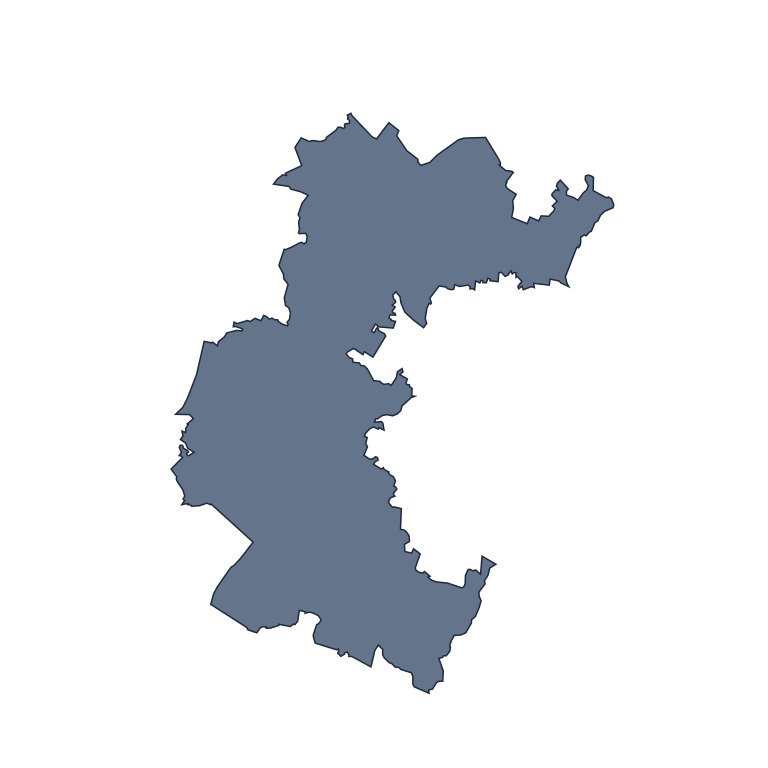 Yuriria, Guanajuato, Mexico, rotated 298°
{"feature_id": "50627088B69886558510846", "entity_name": "Yuriria", "entity_type": "district", "adm_level": 2, "iso_a3": "MEX", "parent_name": "Mexico", "parent_adm1": "Guanajuato", "projection": "mercator", "projection_center": [-101.194, 20.166], "detail": "fine", "context": "isolated", "style": "filled", "palette": "slate", "viewbox_px": 768, "rotation_deg": 298, "n_neighbors": 0, "source": "geoboundaries", "source_scale": "gbopen_adm2", "svg_char_len": 6171}
<svg xmlns="http://www.w3.org/2000/svg" viewBox="0 0 768 768"><g transform="rotate(298 384 384)"><path d="M556.7,501.6L558.6,498.5L563.8,493.8L595.3,490.0L595.6,491.8L598.2,492.1L598.2,491.3L600.1,491.8L606.0,488.8L609.4,490.7L609.8,493.0L614.3,493.9L616.1,495.3L625.6,494.5L628.6,496.3L634.5,495.9L639.9,497.6L647.2,503.5L650.0,502.8L654.2,498.0L654.5,494.4L652.8,492.8L653.0,477.8L664.8,472.0L665.0,470.0L664.5,466.4L662.2,464.2L658.8,465.8L655.0,471.4L650.2,471.8L646.2,470.2L637.3,469.0L637.7,463.6L636.4,456.6L639.6,454.6L642.8,455.1L646.8,444.0L642.8,442.8L639.6,443.4L637.1,447.4L636.1,444.5L630.9,443.1L629.2,443.7L626.6,451.1L620.3,449.0L619.1,452.4L617.1,452.8L609.4,450.7L606.2,443.8L600.6,444.0L599.9,434.4L592.8,435.3L591.0,418.5L599.8,415.9L606.2,411.6L613.5,411.7L614.5,401.1L616.6,398.0L619.8,397.8L619.9,397.0L631.5,398.8L631.7,396.6L629.6,391.1L631.4,383.0L632.0,383.8L634.0,382.9L636.4,379.7L649.4,357.9L638.5,339.0L634.6,335.1L611.7,323.8L601.0,320.3L594.3,313.8L595.8,310.0L598.3,308.4L600.7,294.5L609.2,278.6L614.7,278.1L617.0,265.6L596.9,262.4L596.6,257.5L605.9,229.7L607.5,227.7L604.1,225.4L603.7,226.5L600.9,227.4L600.5,229.8L598.0,231.1L595.5,227.5L593.7,227.6L592.6,229.0L590.4,228.2L590.5,225.6L589.1,222.8L585.6,222.5L574.6,217.3L573.4,218.0L570.9,216.9L568.1,213.8L565.3,206.3L563.0,204.1L562.4,195.3L551.1,194.3L538.2,208.8L523.8,198.0L522.4,199.9L521.1,196.4L515.0,193.6L508.6,192.6L513.9,207.6L512.3,210.2L514.7,220.6L515.0,228.5L505.1,226.8L493.2,228.7L491.4,231.9L487.0,232.5L480.4,236.9L477.2,237.5L477.1,238.9L480.3,244.1L478.3,247.0L472.3,248.9L470.2,247.3L470.4,244.8L469.2,243.4L461.1,237.9L456.2,233.8L456.1,232.6L439.4,235.5L433.7,243.8L429.8,246.1L427.0,252.5L413.2,255.5L407.1,260.2L406.6,264.1L402.9,268.0L396.7,270.2L393.0,269.4L391.6,271.4L390.1,271.4L389.2,267.4L389.4,262.0L390.8,259.9L389.4,257.5L389.6,254.3L387.5,252.1L388.4,248.7L388.0,245.6L382.1,245.6L381.5,239.3L376.3,236.5L376.0,233.7L368.3,225.9L368.3,222.6L363.8,224.0L365.1,226.0L366.3,233.0L364.4,233.8L362.0,228.5L355.1,221.1L350.9,221.0L343.8,218.0L339.5,218.8L340.5,213.0L339.4,212.5L337.2,205.2L304.3,214.1L279.1,217.1L268.9,217.3L259.4,214.2L265.7,226.7L263.9,231.9L256.4,229.0L256.4,230.1L251.6,229.8L248.0,231.7L247.6,227.8L243.8,230.9L239.4,230.4L238.7,236.5L235.1,240.9L234.5,248.4L229.0,245.2L228.7,243.9L229.8,242.1L232.2,243.4L233.0,241.9L233.1,237.1L235.2,235.0L234.4,232.9L232.0,232.9L228.6,237.3L224.6,236.8L225.3,238.5L224.6,240.6L208.9,236.0L204.7,244.7L202.9,245.0L200.9,247.2L196.1,256.2L191.5,260.7L188.0,260.7L187.6,262.7L182.5,262.1L185.8,266.0L185.3,267.7L186.5,267.7L185.8,271.6L189.9,278.2L195.6,283.5L196.0,287.6L196.9,287.6L182.9,342.7L163.2,339.3L153.6,336.8L150.2,334.9L126.9,332.1L118.8,332.1L108.1,334.5L104.6,377.0L103.0,379.2L104.6,388.5L110.4,389.2L112.6,390.7L114.2,394.0L113.0,394.5L115.3,398.5L121.4,404.4L122.4,403.9L125.9,415.1L129.6,416.8L129.6,418.2L134.0,419.2L144.4,415.5L145.9,421.6L144.5,422.0L147.6,425.2L148.4,428.4L148.6,434.8L146.2,439.3L141.5,438.8L140.1,437.5L130.6,439.1L128.4,439.7L122.9,444.9L127.1,467.0L128.6,467.9L127.9,469.1L124.6,469.5L123.3,473.8L126.8,475.9L128.1,475.4L130.0,477.3L128.3,480.4L127.0,480.8L128.3,483.6L128.1,505.3L144.5,501.0L150.8,501.5L148.9,507.7L144.7,509.6L142.4,512.6L140.3,519.7L140.9,521.6L139.3,526.8L140.8,530.6L139.8,532.6L141.9,543.7L139.1,546.9L132.8,550.2L130.8,552.8L132.1,568.9L134.7,567.0L137.4,570.1L144.9,570.5L147.2,572.0L149.2,575.4L158.5,571.0L167.4,561.3L170.0,563.9L171.9,564.2L173.4,566.6L177.2,567.3L179.3,567.5L182.9,566.2L182.9,565.2L189.2,563.9L195.0,564.1L198.6,569.8L202.7,573.0L213.9,573.4L217.2,572.0L221.5,573.8L231.1,573.0L238.2,571.5L241.1,567.8L244.7,565.5L254.9,567.1L257.4,565.1L264.0,565.6L271.1,563.8L277.4,567.4L278.0,551.4L261.3,558.6L262.9,552.3L260.7,550.0L260.8,547.1L259.7,545.3L253.1,545.8L246.1,549.3L242.3,549.7L240.5,548.4L238.1,533.7L233.8,523.1L233.2,518.7L233.8,514.3L234.2,513.5L235.8,514.9L237.5,507.8L235.3,506.9L234.3,504.6L234.4,499.9L236.3,497.9L251.0,495.7L252.4,487.5L247.6,487.8L245.9,481.1L252.0,477.3L256.8,480.4L257.9,479.9L261.7,477.4L264.0,473.1L264.5,470.1L263.4,466.8L282.1,457.8L280.2,450.4L279.0,449.4L281.5,443.5L286.2,442.9L290.1,446.2L290.5,444.7L292.2,443.7L297.1,444.7L298.5,442.9L298.5,440.6L303.9,439.6L306.6,435.7L306.7,431.5L307.6,429.5L308.6,429.7L308.6,424.1L309.9,422.8L307.6,421.3L308.2,412.5L311.3,412.7L314.0,414.5L316.1,412.7L315.7,410.6L313.0,409.5L310.9,406.9L311.6,399.7L320.8,398.9L322.9,395.8L328.8,394.3L328.7,391.1L331.9,390.8L338.0,392.5L341.2,395.0L341.4,400.1L343.0,400.0L343.3,405.7L349.0,401.3L349.6,399.3L345.8,393.6L349.4,392.9L350.2,394.7L354.9,396.9L358.2,400.7L360.0,406.6L363.7,409.7L368.3,411.3L373.1,410.2L384.9,414.5L387.6,416.9L386.6,414.0L393.3,410.9L393.7,407.9L395.2,406.8L394.3,404.4L394.9,403.0L399.4,402.3L399.7,393.5L403.6,395.1L406.1,392.7L401.2,390.1L395.4,391.9L386.1,391.0L386.5,388.0L383.7,384.2L383.6,380.6L384.5,379.6L382.2,373.2L389.5,362.3L390.7,358.1L389.5,354.7L391.0,352.3L388.6,346.4L391.5,344.4L391.0,340.7L392.9,336.5L395.0,336.6L401.2,340.5L400.0,351.6L403.3,351.6L402.5,361.6L427.1,363.0L428.6,360.9L428.5,354.8L430.2,352.7L429.7,351.2L424.7,351.3L424.9,348.0L432.6,348.3L432.7,350.9L431.5,351.4L437.7,365.9L444.7,364.8L443.5,360.5L444.3,360.3L444.7,357.2L447.9,356.9L450.2,361.9L451.5,360.5L451.1,357.9L452.3,357.2L457.2,357.8L457.4,354.3L461.4,355.8L462.8,355.3L463.6,352.7L466.6,350.0L471.0,351.2L468.5,357.2L463.6,360.9L457.3,368.6L454.3,379.7L452.3,392.6L457.5,393.2L461.3,389.6L471.3,386.2L476.5,386.0L476.5,387.7L477.8,387.8L481.3,384.1L496.5,386.7L498.7,393.2L498.0,395.2L498.7,398.9L500.3,401.1L505.1,399.9L505.4,404.5L511.0,412.2L510.0,414.5L508.3,415.2L509.7,417.4L509.7,419.8L518.0,416.5L518.2,421.2L521.0,421.0L521.6,422.6L519.9,423.7L521.4,426.8L526.1,426.1L526.5,428.8L524.9,429.1L527.9,436.7L536.1,433.2L537.7,435.2L535.9,440.3L538.2,442.3L543.5,442.9L541.4,445.5L543.4,446.4L544.1,448.3L540.1,450.5L541.5,451.2L539.4,457.5L533.1,456.4L531.3,458.1L535.1,460.0L532.7,462.8L539.2,468.5L539.7,471.5L543.1,468.8L548.9,483.5L554.6,481.4L557.1,490.1L556.3,492.8L556.7,501.6Z" fill="#64748b" stroke="#1e293b" stroke-width="1.5"/></g></svg>